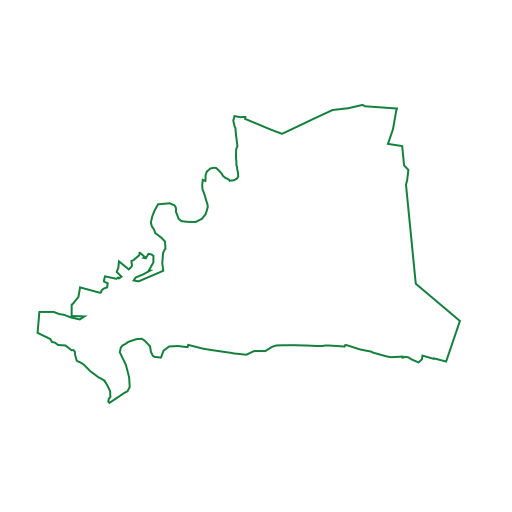 the district of San Juan Bautista Lo de Soto, Guerrero, Mexico, rotated 96°
{"feature_id": "50627088B39502815405022", "entity_name": "San Juan Bautista Lo de Soto", "entity_type": "district", "adm_level": 2, "iso_a3": "MEX", "parent_name": "Mexico", "parent_adm1": "Guerrero", "projection": "orthographic", "projection_center": [-98.336, 16.509], "detail": "fine", "context": "isolated", "style": "outline", "palette": "green", "viewbox_px": 512, "rotation_deg": 96, "n_neighbors": 0, "source": "geoboundaries", "source_scale": "gbopen_adm2", "svg_char_len": 3611}
<svg xmlns="http://www.w3.org/2000/svg" viewBox="0 0 512 512"><g transform="rotate(96 256 256)"><path d="M94.6,131.3L95.7,163.3L95.3,164.1L94.6,165.8L99.4,179.7L102.8,195.1L112.9,212.0L131.2,241.9L131.7,243.3L128.8,254.3L128.6,255.0L121.5,278.7L120.8,281.1L118.9,281.1L118.9,282.1L119.6,286.0L119.1,292.0L122.2,292.5L123.4,292.8L129.5,290.8L130.7,289.9L136.4,288.8L136.8,288.8L142.1,287.5L148.6,286.0L152.0,286.9L159.2,286.3L161.7,285.9L163.9,285.4L167.8,285.0L169.2,284.2L171.9,283.7L174.8,282.7L175.5,282.5L178.8,282.0L180.9,282.9L182.9,285.7L183.3,287.4L183.7,289.5L184.0,290.0L183.0,290.7L181.5,294.7L179.7,297.3L177.6,298.8L174.3,302.5L172.6,305.0L172.7,307.5L173.8,310.6L177.2,313.7L180.7,314.6L186.3,314.1L186.7,314.2L185.8,316.9L191.1,316.9L195.2,316.2L199.7,313.9L204.8,311.8L205.0,311.8L209.1,309.9L212.1,309.1L216.8,309.8L218.2,310.3L219.6,310.4L223.9,313.2L224.4,313.3L228.4,319.4L228.8,323.0L229.2,327.4L229.1,333.9L227.2,336.7L220.3,340.3L217.6,340.4L215.7,341.1L214.1,342.4L212.6,347.3L214.8,358.8L221.4,361.6L227.0,363.2L233.7,364.1L237.5,362.6L240.3,360.2L243.6,358.7L248.0,351.6L251.2,348.0L258.3,346.8L259.4,347.6L262.6,348.7L272.7,348.5L280.4,346.7L293.5,370.1L293.1,375.1L289.9,373.4L286.4,366.8L281.5,359.7L281.5,361.0L273.1,357.4L266.7,358.0L265.5,359.8L265.2,361.6L265.1,363.2L269.8,365.3L269.6,367.7L268.4,366.7L268.2,367.1L264.9,371.7L265.0,372.1L265.7,372.0L267.6,372.3L272.9,377.4L273.1,377.8L274.1,379.4L277.9,378.5L278.7,378.3L280.4,379.2L282.6,381.1L275.7,391.7L282.2,391.7L286.4,392.9L290.5,387.8L290.7,388.1L291.0,388.0L291.7,388.9L292.0,389.2L292.6,390.0L291.9,390.8L292.0,391.1L293.3,392.5L292.0,404.0L295.1,404.5L297.2,404.6L298.7,400.6L302.8,400.8L302.9,401.0L303.4,402.2L304.4,404.1L306.3,406.0L308.2,406.2L308.9,407.3L305.6,427.7L315.2,428.3L323.1,433.4L323.5,434.1L323.9,434.2L335.0,433.1L334.0,420.3L337.5,424.6L336.6,433.0L334.5,441.0L334.4,445.3L332.8,451.3L334.3,465.6L355.3,465.2L360.1,451.8L362.8,450.0L363.2,446.8L365.2,443.6L364.9,436.3L365.0,436.3L365.1,435.9L367.3,432.2L368.4,430.7L368.9,429.6L369.0,429.4L368.7,428.0L368.7,427.6L370.3,426.1L372.8,425.7L378.5,423.5L379.2,422.9L380.3,419.3L381.8,416.4L382.4,415.4L385.9,411.2L388.0,408.6L388.2,408.3L391.0,403.5L391.2,403.1L392.4,401.2L393.0,400.3L393.9,397.8L395.8,393.5L396.5,393.5L397.8,392.1L401.2,389.7L405.3,387.2L406.4,386.8L407.3,386.7L408.5,386.6L409.3,386.5L411.5,386.0L412.4,386.8L413.2,387.4L416.3,387.7L416.9,386.9L417.4,386.4L405.6,372.2L404.0,369.7L399.5,367.9L389.9,369.5L377.9,374.0L366.0,381.4L361.4,380.9L359.1,379.6L357.0,376.5L354.8,374.1L351.2,366.3L350.3,361.0L351.6,358.2L356.8,352.0L362.5,350.4L366.1,348.1L367.0,346.2L366.9,339.9L359.7,338.0L355.1,332.9L354.9,331.9L353.7,324.4L353.8,314.5L351.5,314.1L353.7,299.1L354.1,292.1L354.4,284.8L355.0,269.4L355.2,268.9L355.2,255.3L350.8,248.1L350.2,242.8L349.9,240.5L349.9,239.7L349.6,236.8L344.8,230.7L344.1,229.3L342.9,226.6L342.4,223.5L340.7,208.8L339.9,197.9L339.8,197.6L339.3,188.8L338.9,183.2L338.7,181.3L338.4,180.1L337.8,177.9L337.4,173.6L337.1,167.2L336.8,158.4L335.4,158.1L335.1,157.0L337.2,146.8L337.8,144.2L338.3,140.3L338.6,136.9L338.9,132.9L339.1,131.4L339.9,129.4L340.2,127.5L340.6,125.1L341.4,120.5L341.9,117.4L342.3,114.8L342.5,112.1L342.4,110.3L340.8,100.1L340.7,99.7L341.7,99.6L340.7,96.9L340.9,93.8L342.5,90.7L344.5,84.3L344.8,83.2L341.4,80.2L337.7,80.0L339.7,68.5L339.2,68.3L341.1,55.9L299.3,46.4L266.9,94.2L243.2,99.1L191.7,109.7L169.3,114.3L165.2,113.6L158.3,113.5L154.4,113.5L150.4,118.2L131.4,122.1L130.7,136.5L115.5,133.0L107.9,132.5L96.8,131.7L94.6,131.3Z" fill="none" stroke="#15803d" stroke-width="2"/></g></svg>